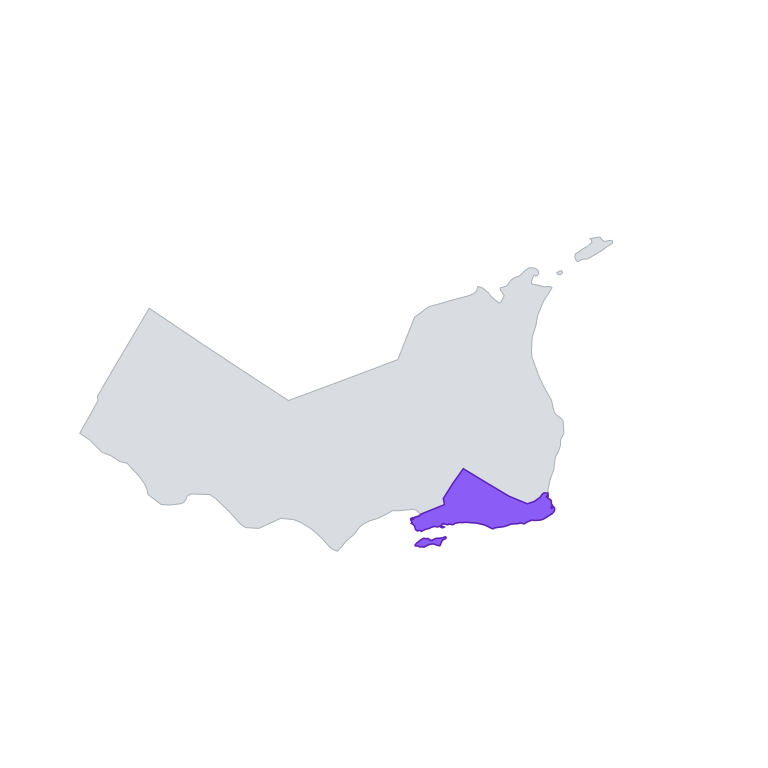 Ash Sharqiyah South highlighted on a map of Oman, rotated 51°
{"feature_id": "OMN-2406", "entity_name": "Ash Sharqiyah South", "entity_type": "Region", "adm_level": 1, "iso_a3": "OMN", "parent_name": "Oman", "parent_adm1": "", "projection": "albers", "projection_center": [58.929, 21.395], "detail": "fine", "context": "in_parent", "style": "filled", "palette": "violet", "viewbox_px": 768, "rotation_deg": 51, "n_neighbors": 0, "source": "natural_earth", "source_scale": "10m", "svg_char_len": 5816}
<svg xmlns="http://www.w3.org/2000/svg" viewBox="0 0 768 768"><g transform="rotate(51 384 384)"><path d="M230.9,651.5L227.9,644.1L225.0,636.7L222.0,629.2L219.0,621.8L217.0,616.6L213.2,614.6L211.2,609.1L209.0,603.5L206.9,597.8L204.8,592.2L202.6,586.6L200.5,580.9L198.4,575.3L196.3,569.6L194.2,564.0L192.1,558.3L190.0,552.7L187.9,547.1L185.8,541.4L183.7,535.7L181.6,530.1L179.5,524.4L177.4,518.8L184.9,516.5L194.1,513.7L203.3,510.9L212.5,508.1L221.6,505.2L230.8,502.4L240.0,499.6L249.1,496.7L258.2,493.8L267.4,490.9L276.5,488.1L285.6,485.1L294.7,482.2L303.8,479.3L312.9,476.4L322.0,473.4L331.1,470.5L336.7,468.7L339.2,461.3L341.3,455.2L343.4,449.1L345.4,443.0L347.5,436.8L349.5,430.7L351.6,424.6L353.6,418.5L355.7,412.4L357.7,406.3L359.8,400.1L361.8,394.0L363.8,387.9L365.9,381.8L367.9,375.7L369.9,369.5L371.9,363.4L373.8,357.8L370.6,352.3L366.4,344.9L362.0,337.2L357.9,329.9L354.9,324.6L351.2,318.2L351.8,310.1L351.8,306.0L352.4,299.8L356.2,291.3L360.7,280.4L364.0,273.2L366.8,266.9L369.0,261.8L370.3,256.6L369.8,252.9L368.4,251.5L367.3,249.7L371.4,247.0L379.0,245.4L383.2,245.8L389.0,244.6L393.7,243.5L394.1,241.8L392.8,239.0L391.0,235.0L384.4,234.4L382.5,233.3L384.9,227.4L384.8,225.5L384.0,223.2L383.1,219.5L383.7,214.7L385.1,211.4L385.2,208.8L384.6,203.4L384.9,198.5L386.4,196.2L388.8,194.0L391.1,192.9L393.5,193.0L395.4,194.0L396.2,196.6L395.6,198.3L394.3,198.5L393.8,199.2L395.6,202.6L398.4,206.0L400.6,205.5L403.0,202.9L405.6,200.9L408.8,199.1L411.2,195.5L413.2,193.2L415.0,192.9L419.9,207.6L427.4,221.4L434.0,229.0L440.9,239.4L451.5,248.9L456.4,252.2L476.3,259.0L487.2,261.6L502.2,264.1L512.6,269.3L516.1,269.6L521.6,268.1L525.6,268.2L535.5,275.2L538.4,281.9L542.6,285.4L546.3,291.0L548.6,296.8L557.1,305.6L563.1,315.5L569.2,322.9L574.6,327.4L582.9,329.2L589.5,331.2L590.2,336.1L589.6,342.6L588.4,347.3L582.3,356.6L580.8,362.3L573.9,371.8L566.4,387.6L562.9,391.1L550.7,399.3L541.7,409.1L531.1,426.1L522.9,443.0L519.7,448.4L513.2,449.4L508.9,448.9L505.9,447.3L507.1,442.7L507.8,437.6L503.9,438.1L500.4,439.2L492.2,451.7L487.7,457.3L486.7,464.3L484.5,473.3L481.2,481.7L479.8,488.7L479.8,492.7L482.1,502.4L482.2,512.4L483.6,518.3L484.6,525.5L480.8,527.7L477.4,528.8L464.4,529.4L451.1,531.6L439.5,535.6L432.5,539.6L423.4,548.8L417.5,572.1L408.5,581.9L402.4,583.8L388.0,584.4L367.6,586.8L360.3,589.0L348.1,603.0L347.1,607.5L349.3,610.8L350.0,614.4L348.9,617.7L343.2,626.7L337.2,633.1L321.5,636.9L315.9,634.2L310.7,632.9L300.6,632.4L284.0,633.5L277.8,638.2L268.1,641.3L259.1,646.3L242.4,647.8L230.9,651.5ZM411.1,155.6L410.1,156.8L408.6,156.9L405.3,155.8L403.4,153.2L403.8,150.1L404.0,144.5L405.1,139.1L404.9,133.4L402.4,132.2L400.6,132.5L404.9,124.6L406.6,123.4L408.1,123.9L412.0,123.1L414.1,118.8L415.8,116.5L417.5,116.8L418.3,118.1L417.6,124.7L417.5,130.2L415.0,147.1L412.8,150.0L411.6,152.3L411.1,155.6ZM532.7,458.9L529.4,459.7L528.4,459.3L528.5,452.2L536.1,443.4L541.2,433.1L544.6,442.3L538.6,447.4L535.3,456.2L532.7,458.9ZM409.9,178.6L407.8,180.0L406.3,179.8L406.6,176.8L407.6,174.8L409.7,175.0L410.2,176.2L409.9,178.6Z" fill="#d9dde1" stroke="#a8b0b8" stroke-width="1"/><path d="M572.0,325.2L573.2,326.2L574.4,326.9L574.7,327.2L574.7,327.8L574.4,327.9L574.0,327.8L573.6,327.6L573.6,328.4L574.0,328.7L574.6,328.8L575.4,328.7L579.3,327.3L580.7,327.9L582.8,329.5L583.1,329.5L583.9,329.4L584.2,329.4L584.4,329.7L584.5,330.3L584.6,330.6L584.5,331.0L584.6,331.3L584.9,331.7L585.2,331.9L585.5,332.0L585.8,332.1L586.2,332.1L586.4,331.8L586.0,331.2L585.3,330.4L585.5,329.6L586.0,329.6L587.0,329.4L588.4,329.8L589.6,331.2L590.3,333.1L590.6,334.8L589.6,343.9L589.0,346.3L587.9,348.5L585.0,352.7L583.5,354.1L582.6,355.0L582.3,356.0L582.1,357.3L581.2,359.9L581.0,362.6L580.5,363.7L578.4,364.6L577.8,365.6L577.0,367.6L572.9,373.2L571.3,378.2L570.4,380.5L565.5,388.3L565.2,390.1L565.0,390.6L564.6,391.0L557.3,394.2L555.8,395.2L550.0,399.9L543.0,407.4L540.8,410.7L540.3,411.2L539.6,411.7L538.8,412.9L537.2,415.9L537.0,416.4L536.9,418.4L536.7,418.9L536.4,419.4L533.4,421.9L533.6,423.0L532.7,423.8L530.5,424.9L530.6,425.0L530.2,426.0L529.8,426.4L529.5,426.7L529.4,427.0L529.6,427.5L529.9,428.0L530.3,428.5L530.9,428.7L531.6,428.4L532.5,427.6L533.1,427.2L533.0,428.3L532.5,429.1L531.5,429.8L530.6,430.1L530.1,429.5L529.8,429.5L529.5,430.3L529.1,431.8L528.7,432.5L528.3,432.9L527.1,433.6L526.6,434.1L525.9,435.2L525.3,436.6L524.9,438.1L524.8,439.6L523.5,442.3L522.7,444.2L522.8,445.1L522.5,445.5L522.2,447.4L522.1,447.8L521.6,447.9L520.9,448.1L520.2,448.5L519.7,448.9L519.4,450.4L518.3,451.0L516.8,451.0L515.4,450.5L514.4,450.0L513.7,449.7L512.0,449.7L511.4,449.8L510.1,450.3L509.4,450.5L509.5,450.0L509.8,449.7L509.6,449.5L507.7,449.0L506.7,448.9L505.6,448.4L505.5,447.3L506.2,445.0L506.1,445.7L506.3,446.4L506.7,446.9L507.2,447.4L507.5,446.2L506.9,443.7L507.4,442.6L508.1,441.5L508.7,439.9L508.8,438.2L508.4,437.0L515.8,412.9L510.3,410.0L504.6,393.2L499.7,375.7L513.0,370.9L526.1,366.2L538.3,361.7L549.8,357.5L561.0,351.4L567.3,348.0L569.8,341.3L570.3,333.8L569.3,330.9L569.2,328.2L572.0,325.2ZM542.3,436.2L542.4,437.4L542.7,438.3L544.3,441.2L544.8,442.1L544.6,442.7L544.1,443.2L542.1,444.6L540.0,445.8L539.0,446.7L537.8,448.6L537.2,449.9L536.6,452.6L536.1,453.5L536.1,454.1L536.2,454.7L536.2,455.1L536.0,455.5L534.2,457.2L533.3,458.5L532.8,459.1L532.3,459.2L531.6,459.3L531.1,459.5L530.8,459.8L530.6,460.4L530.2,461.0L529.6,461.5L529.0,461.5L528.7,461.0L528.5,460.6L528.2,458.9L528.2,457.1L528.3,456.2L528.2,455.6L528.5,451.2L528.8,450.5L529.4,449.7L529.7,449.4L530.6,448.7L531.0,448.6L531.2,448.4L531.4,447.3L531.6,447.0L532.4,446.7L533.3,446.7L534.2,446.5L535.1,445.9L535.6,445.3L535.7,445.0L535.9,444.3L536.0,444.2L536.2,442.1L536.5,441.1L537.0,440.2L539.5,436.9L540.5,434.9L541.1,433.0L541.5,432.4L542.3,432.2L542.9,433.1L542.9,434.1L542.5,435.1L542.3,436.2Z" fill="#8b5cf6" stroke="#5b21b6" stroke-width="1.5"/></g></svg>